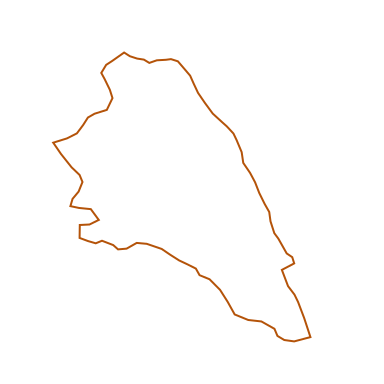 Paralimni, Famagusta, Cyprus, rotated 12°
{"feature_id": "46923920B46999438431998", "entity_name": "Paralimni", "entity_type": "district", "adm_level": 2, "iso_a3": "CYP", "parent_name": "Cyprus", "parent_adm1": "Famagusta", "projection": "natural_earth1", "projection_center": [34.012, 35.027], "detail": "fine", "context": "isolated", "style": "outline", "palette": "amber", "viewbox_px": 384, "rotation_deg": 12, "n_neighbors": 0, "source": "geoboundaries", "source_scale": "gbopen_adm2", "svg_char_len": 1202}
<svg xmlns="http://www.w3.org/2000/svg" viewBox="0 0 384 384"><g transform="rotate(12 192 192)"><path d="M320.0,317.1L323.0,316.9L338.0,309.3L328.0,292.1L318.6,277.5L313.6,271.1L305.5,264.1L296.1,249.5L306.8,240.6L303.6,234.9L297.4,232.4L286.1,219.6L281.1,215.2L274.9,204.4L271.7,195.5L265.5,188.5L258.0,179.0L251.7,169.4L244.8,161.2L236.1,152.9L232.3,142.7L224.8,131.9L220.4,126.2L212.3,120.5L206.7,117.3L196.0,111.0L186.0,102.1L177.3,93.8L171.0,85.5L166.0,78.6L156.0,70.9L151.0,67.1L143.8,66.4L139.0,68.1L130.2,70.5L123.4,74.6L117.4,72.5L110.6,72.9L103.0,72.1L96.6,69.7L86.6,80.5L81.6,85.5L78.5,94.4L82.9,99.5L90.4,109.1L94.7,116.7L91.6,129.4L80.4,135.7L74.7,140.8L71.6,149.1L67.2,158.6L58.5,165.6L46.0,172.6L56.0,182.1L69.1,192.9L78.5,198.7L82.8,205.0L81.0,215.2L76.6,223.5L76.0,231.1L84.7,231.1L96.6,229.8L106.6,238.7L98.5,245.1L89.1,247.6L91.6,260.3L100.4,261.6L108.5,262.2L114.1,258.4L126.0,260.3L131.6,263.5L139.8,261.0L148.5,253.3L158.5,252.1L174.2,254.0L183.5,257.8L193.6,261.6L201.7,263.5L211.7,266.1L216.7,271.8L227.3,273.7L239.8,281.9L249.8,292.1L259.2,302.9L273.6,305.5L286.8,304.2L301.1,308.7L305.5,315.0L313.0,317.6L320.0,317.1Z" fill="none" stroke="#b45309" stroke-width="2"/></g></svg>